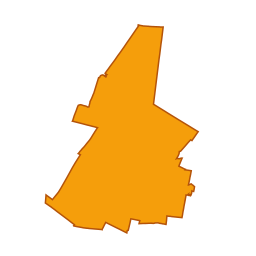 outline of Insuratei, Braila, Romania, rotated 7°
{"feature_id": "2599482B22032457967395", "entity_name": "Insuratei", "entity_type": "district", "adm_level": 2, "iso_a3": "ROU", "parent_name": "Romania", "parent_adm1": "Braila", "projection": "orthographic", "projection_center": [27.625, 44.95], "detail": "fine", "context": "isolated", "style": "filled", "palette": "amber", "viewbox_px": 256, "rotation_deg": 7, "n_neighbors": 0, "source": "geoboundaries", "source_scale": "gbopen_adm2", "svg_char_len": 5103}
<svg xmlns="http://www.w3.org/2000/svg" viewBox="0 0 256 256"><g transform="rotate(7 128 128)"><path d="M159.3,220.2L160.3,220.0L161.2,219.9L161.3,219.9L161.5,219.8L161.8,219.8L162.0,219.8L162.2,219.7L162.6,219.7L162.8,219.6L163.3,219.7L163.6,219.7L163.8,219.6L164.0,219.6L164.4,219.6L164.8,219.6L165.2,219.5L165.4,219.4L165.5,219.4L165.8,219.3L165.9,219.2L166.1,219.1L166.6,218.9L166.9,218.9L167.5,218.8L168.0,218.7L168.3,218.6L168.5,218.6L168.9,218.6L169.2,218.5L169.7,218.5L169.8,218.5L170.2,218.6L170.4,218.7L171.0,218.7L171.5,218.8L171.6,218.7L171.8,218.7L172.0,218.7L173.2,218.8L173.7,218.9L173.8,218.9L174.0,218.9L174.3,218.9L174.5,218.9L174.8,218.9L175.8,218.9L176.4,219.0L177.0,219.1L177.5,219.1L177.5,215.1L177.3,210.6L178.3,210.6L179.8,210.6L180.6,210.5L181.9,210.6L186.9,210.5L192.5,210.4L192.7,207.2L192.7,206.5L192.8,204.0L193.0,201.6L193.1,198.7L193.3,196.0L193.5,193.2L193.4,193.2L193.5,192.7L193.6,191.4L193.6,190.8L193.8,187.4L194.5,187.5L195.0,187.3L195.8,186.5L195.7,186.9L195.9,186.9L195.9,187.4L196.3,187.5L196.7,186.7L197.3,186.7L197.4,187.3L197.8,187.3L198.0,186.4L198.5,186.3L198.4,187.1L198.2,187.7L198.3,187.7L198.6,187.1L198.7,186.9L198.7,186.7L198.8,186.4L198.8,186.1L198.9,185.8L199.0,185.6L199.0,185.4L199.1,185.0L199.1,184.9L199.1,184.5L199.1,184.3L199.1,184.1L199.1,183.7L199.1,183.2L199.1,182.7L199.3,182.8L199.7,182.8L200.0,182.9L200.5,182.9L200.9,183.0L201.0,182.0L201.1,180.7L201.1,180.3L201.2,178.1L200.4,177.6L200.0,177.3L199.5,176.9L198.9,176.7L198.5,176.4L197.9,176.0L197.7,175.8L197.3,175.8L197.1,176.0L196.7,176.2L196.0,176.6L195.4,177.0L194.9,177.2L194.9,176.9L195.2,174.1L195.3,172.8L195.3,172.7L195.4,172.0L195.4,171.3L195.5,169.5L195.5,169.4L195.6,168.7L195.7,167.5L195.8,166.4L195.8,166.2L196.0,162.8L196.0,162.7L189.6,162.5L189.8,162.0L189.6,162.0L188.0,161.4L186.6,160.9L184.6,160.2L183.1,159.7L184.1,155.9L185.2,151.9L185.4,151.3L184.5,151.4L183.7,151.7L183.5,151.8L183.1,152.0L182.7,152.2L182.3,152.3L182.2,152.3L181.6,152.2L181.4,152.2L180.9,152.2L180.7,152.2L180.4,152.3L180.1,152.4L179.9,152.5L181.3,149.2L181.8,147.3L181.8,147.0L181.8,145.1L182.1,145.0L182.5,144.9L183.0,144.7L186.2,140.0L187.3,138.4L189.4,135.2L191.2,132.7L191.4,132.4L191.6,132.1L192.3,132.4L192.8,132.6L193.0,132.7L193.3,132.1L194.1,130.6L194.7,129.5L197.1,124.9L198.1,123.1L195.6,122.0L187.3,118.2L180.0,114.9L177.1,113.6L165.3,108.2L163.0,107.1L150.4,101.3L150.4,100.9L150.4,96.6L150.4,92.6L150.4,86.6L150.4,81.2L150.4,75.7L150.4,64.8L150.4,64.7L150.4,62.0L150.4,56.5L150.5,51.0L150.5,48.4L150.5,44.6L150.5,42.8L150.5,40.9L150.5,39.8L150.6,36.8L150.6,35.3L150.6,27.3L150.6,23.9L150.6,23.5L149.1,23.7L148.2,23.8L147.9,23.9L147.6,23.8L146.8,23.8L145.8,23.9L144.5,24.0L142.2,24.2L140.7,24.3L139.6,24.4L138.0,24.5L137.7,24.5L136.9,24.6L136.5,24.5L135.4,24.6L133.5,24.7L131.8,24.8L131.7,24.8L130.8,24.9L130.6,24.9L130.2,24.8L128.0,24.7L127.0,24.6L125.6,24.4L125.6,25.6L125.9,25.7L124.5,28.3L119.4,38.1L116.7,43.2L114.2,48.1L112.9,50.5L111.7,52.8L109.0,57.6L106.5,62.4L103.8,67.1L102.5,69.4L101.1,72.0L100.0,73.9L98.6,76.5L100.5,77.6L98.8,78.5L100.1,79.2L99.8,80.0L99.2,79.7L98.2,79.3L97.8,78.9L96.9,78.4L96.5,78.5L96.0,78.6L95.9,78.5L95.2,78.9L95.0,79.0L94.7,79.2L94.5,79.3L94.2,79.7L93.8,80.8L93.7,81.1L93.6,81.4L93.5,81.5L93.0,81.7L92.8,81.6L92.7,81.6L91.4,88.7L90.4,94.5L89.9,97.2L89.9,97.3L89.8,97.7L89.7,98.0L89.6,98.3L89.1,99.9L89.1,100.1L88.4,102.6L87.8,104.6L87.7,104.7L87.1,106.4L87.2,106.6L87.1,106.9L87.1,107.8L86.8,109.9L86.8,110.0L86.6,111.8L85.8,112.0L85.5,112.1L85.3,112.1L85.1,112.0L84.4,111.6L83.2,111.4L82.9,111.3L81.5,111.2L80.8,111.1L79.5,110.8L78.7,110.7L78.3,110.7L78.1,110.7L77.8,110.7L77.7,110.7L77.3,110.9L76.6,111.2L76.3,111.3L76.0,111.6L75.9,111.6L75.7,112.0L75.2,113.8L74.8,115.6L74.3,117.9L74.0,118.8L74.0,119.0L73.5,120.9L73.1,122.5L72.5,125.8L72.5,126.0L72.1,127.7L72.1,127.8L72.0,128.0L81.4,129.2L81.5,129.2L87.1,130.0L89.0,130.2L93.3,130.8L93.8,130.8L96.5,131.2L97.7,131.4L97.5,131.7L96.3,134.3L95.3,136.3L95.2,136.5L95.1,136.9L95.0,137.1L94.9,137.2L94.3,138.5L94.0,139.1L92.7,142.0L91.9,143.6L91.5,144.4L90.3,146.3L89.7,147.2L89.2,148.0L88.7,148.8L87.7,150.5L86.6,152.2L86.0,153.0L85.4,153.8L84.6,154.9L84.0,156.0L83.2,157.0L82.9,157.6L82.0,159.1L81.7,159.5L82.0,159.6L84.0,160.3L82.9,162.6L82.8,162.8L80.2,168.3L80.1,168.5L77.7,174.0L73.3,185.0L71.3,189.8L69.2,194.8L68.2,197.1L67.0,199.7L67.0,199.8L65.6,202.1L61.7,208.3L60.0,207.3L55.8,205.0L54.8,204.4L54.9,206.3L55.1,211.8L55.1,212.5L57.0,213.5L60.4,215.3L61.3,215.7L61.3,215.8L65.2,218.0L68.0,219.7L77.9,225.4L80.0,226.6L83.3,228.6L86.6,230.5L85.9,231.7L86.0,231.8L89.3,232.1L94.8,232.4L95.5,232.5L96.6,232.5L98.1,232.5L98.5,232.5L99.1,232.5L101.0,232.4L101.2,232.5L106.0,232.3L106.8,232.3L110.9,232.1L114.4,232.0L114.7,232.1L114.8,231.4L115.5,229.7L116.3,227.3L116.8,226.0L117.4,224.4L128.4,228.3L131.9,229.5L134.4,230.4L139.6,232.3L139.7,230.1L139.8,229.8L140.0,229.7L140.7,229.6L141.3,224.2L141.6,221.4L141.9,217.8L144.8,218.0L151.0,218.5L150.6,221.6L152.4,221.3L154.0,221.0L154.7,220.9L156.2,220.7L157.6,220.5L159.3,220.2Z" fill="#f59e0b" stroke="#b45309" stroke-width="1.5"/></g></svg>